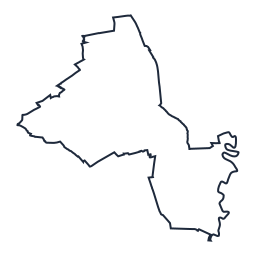 the district of Murgeni, Vaslui, Romania
{"feature_id": "2599482B64804432182882", "entity_name": "Murgeni", "entity_type": "district", "adm_level": 2, "iso_a3": "ROU", "parent_name": "Romania", "parent_adm1": "Vaslui", "projection": "robinson", "projection_center": [28.041, 46.199], "detail": "fine", "context": "isolated", "style": "outline", "palette": "slate", "viewbox_px": 256, "rotation_deg": 0, "n_neighbors": 0, "source": "geoboundaries", "source_scale": "gbopen_adm2", "svg_char_len": 5686}
<svg xmlns="http://www.w3.org/2000/svg" viewBox="0 0 256 256"><path d="M210.7,240.6L210.4,240.1L210.3,239.3L210.6,237.8L211.4,235.9L212.1,235.1L213.1,234.5L213.6,234.4L217.4,236.0L218.6,235.8L218.8,235.7L219.0,234.2L219.0,233.5L218.9,232.8L218.4,231.0L218.4,230.3L219.6,226.5L219.8,225.6L219.9,224.8L219.9,224.1L219.7,222.5L218.9,219.5L218.9,218.3L219.0,218.0L219.3,217.7L219.8,217.6L220.7,217.6L221.6,218.0L223.0,218.8L223.8,218.7L224.7,218.0L225.7,216.7L227.9,214.3L228.4,213.7L228.8,212.9L228.8,212.5L228.7,212.2L228.1,211.8L227.1,211.6L223.8,211.8L223.1,211.4L222.5,210.8L219.5,203.7L219.7,202.8L219.9,202.4L220.8,201.3L222.2,200.1L223.1,198.8L223.5,197.5L223.7,195.5L223.6,195.1L223.1,194.5L221.8,193.5L220.9,193.0L219.2,192.4L218.4,191.8L218.1,191.2L218.2,189.0L218.9,186.3L220.6,182.5L220.9,182.0L221.3,181.7L221.6,181.6L222.3,181.6L223.6,182.2L225.4,183.3L226.1,183.4L226.5,183.3L227.0,182.8L227.7,181.0L228.1,179.5L228.8,177.7L230.0,174.7L230.8,173.3L231.9,172.4L233.2,171.8L234.9,171.4L236.4,171.3L237.1,171.0L237.2,170.8L237.0,169.8L236.4,168.6L235.4,167.2L234.5,165.6L233.7,164.4L232.9,163.4L231.5,162.1L230.2,161.2L225.5,159.0L224.2,158.1L223.0,156.6L222.5,154.9L222.5,154.2L223.2,153.2L223.4,152.9L224.1,152.6L224.6,152.6L226.1,153.2L230.1,155.3L232.0,156.0L232.6,156.2L234.3,156.4L235.9,156.2L236.9,155.6L237.4,155.1L238.1,154.0L238.4,153.1L238.5,152.3L238.3,152.1L236.5,151.6L230.3,150.6L227.9,149.9L227.1,149.5L226.5,149.0L225.6,147.4L225.2,145.6L225.3,145.1L225.4,144.5L226.1,144.1L226.9,143.9L228.2,144.0L229.4,144.4L230.1,144.8L233.4,147.6L234.1,147.7L234.5,147.7L234.8,147.4L235.4,146.5L235.9,143.6L236.0,140.0L235.9,137.7L235.8,137.2L235.5,136.6L235.3,136.3L234.7,136.1L233.8,136.5L233.0,137.0L232.3,136.9L232.0,136.8L231.4,136.1L230.7,135.1L229.4,132.7L228.9,132.3L228.6,132.2L227.3,132.4L223.5,133.5L218.0,136.1L218.9,141.2L219.5,142.4L219.6,143.1L215.7,143.2L211.3,143.0L212.9,146.0L209.7,148.1L190.4,148.8L190.0,149.0L189.4,149.0L189.2,147.1L189.0,146.8L189.1,146.2L188.7,144.8L187.4,142.8L187.3,141.7L187.6,140.4L187.8,138.2L187.6,137.2L187.7,135.7L187.7,134.1L187.4,133.4L187.7,132.4L187.8,131.1L187.3,130.5L187.0,130.0L187.0,129.6L186.7,129.1L186.6,128.1L186.2,127.6L186.0,127.2L185.7,127.0L185.6,126.7L184.0,125.1L183.9,124.7L183.6,124.4L182.7,123.8L181.5,122.5L180.8,122.0L180.6,121.6L180.5,121.2L179.7,120.8L178.9,120.2L178.7,119.9L178.4,119.7L178.1,119.1L176.6,118.5L175.0,117.6L174.7,117.6L173.7,116.9L173.1,116.7L171.8,116.1L170.7,115.3L170.1,115.0L169.2,114.5L168.1,113.5L166.6,111.6L166.0,111.2L165.7,110.6L164.2,109.2L163.3,108.2L161.6,107.2L160.1,105.7L159.5,105.4L159.9,105.1L160.7,104.0L161.2,103.2L159.6,86.8L159.0,82.5L158.0,71.2L157.4,67.2L157.0,65.3L156.1,62.4L154.8,59.5L153.1,57.6L153.3,57.1L149.1,50.3L150.1,50.1L148.1,47.0L146.5,46.0L144.7,45.9L142.5,40.3L141.9,38.5L140.5,35.1L140.1,33.8L140.2,32.7L139.7,32.3L137.7,27.4L137.2,26.5L136.3,24.4L135.3,22.4L130.7,15.4L129.7,15.7L128.1,15.6L126.1,15.8L118.3,16.9L113.1,17.5L114.4,22.3L114.5,23.9L114.0,30.7L99.0,33.2L98.7,33.1L84.9,35.9L84.8,36.1L84.3,36.0L83.4,36.0L83.0,35.8L82.4,36.0L82.6,36.4L83.4,37.1L83.8,37.6L84.2,37.8L84.2,38.0L83.9,38.4L83.7,38.8L83.8,39.3L84.0,39.5L83.4,40.3L83.9,40.5L83.7,40.9L83.3,40.7L82.8,41.2L82.8,41.3L83.0,41.5L83.5,41.5L83.6,41.9L83.9,42.2L84.1,42.1L84.3,41.8L85.2,42.3L86.0,42.5L81.5,43.8L82.6,46.6L83.0,50.2L82.7,53.6L83.0,57.8L83.4,59.2L83.9,59.5L74.9,64.5L78.0,67.4L78.7,68.6L79.4,69.1L79.9,69.9L79.9,70.0L75.6,72.9L72.1,75.6L65.9,79.7L63.4,81.5L61.6,82.7L61.4,82.7L60.8,83.7L60.4,83.6L57.1,85.8L57.8,86.0L58.4,86.6L58.8,86.6L59.1,86.4L59.4,86.5L59.5,86.9L60.0,86.9L60.8,87.4L60.7,87.7L60.4,87.8L60.7,88.0L61.0,88.2L61.4,88.0L61.9,88.3L62.2,88.3L62.4,88.5L62.6,88.5L62.8,88.7L63.1,88.8L63.5,89.2L63.9,89.2L64.3,89.7L63.8,90.2L63.2,90.5L61.3,92.2L59.8,93.0L59.0,95.0L59.0,95.8L59.1,96.5L58.2,96.4L57.6,96.1L57.2,96.1L54.1,96.4L53.3,96.9L51.7,97.4L50.8,98.0L50.2,95.0L42.5,100.9L36.6,102.9L38.0,105.1L38.7,104.8L39.1,105.5L39.8,106.1L40.0,106.7L39.7,107.0L36.4,108.7L34.1,109.8L27.4,113.9L26.1,114.4L24.3,114.8L22.6,114.9L22.4,115.1L22.4,116.5L22.3,118.4L22.3,119.2L22.1,120.1L21.3,121.1L20.0,122.5L19.1,123.4L17.9,123.9L17.6,124.3L17.5,125.1L18.1,125.3L18.9,125.1L20.7,125.8L23.1,127.1L25.2,128.4L26.2,129.5L26.6,130.5L27.7,131.2L27.8,131.6L27.8,132.3L28.1,132.7L29.5,133.3L30.9,133.8L30.1,135.1L30.1,135.4L31.3,135.8L34.5,136.4L35.1,136.9L35.7,136.8L40.4,137.3L42.5,137.5L43.0,138.3L43.5,138.9L43.7,139.5L44.1,140.1L44.1,140.6L44.4,140.7L44.5,141.0L44.8,141.3L45.1,141.3L45.1,141.6L45.5,141.8L45.9,142.4L46.7,142.7L53.9,142.9L56.9,142.5L60.1,141.6L60.7,142.2L61.3,142.9L63.5,145.3L64.0,146.1L64.3,147.0L67.4,149.2L68.3,149.5L69.5,150.6L71.0,151.1L72.9,152.7L74.7,153.9L75.8,155.0L77.9,156.7L78.4,156.4L83.2,161.9L83.3,161.1L84.6,160.5L88.7,165.1L89.5,166.3L89.9,166.6L91.4,166.1L97.7,161.8L114.3,152.3L116.5,154.7L118.2,156.3L122.5,154.9L123.8,154.6L123.7,153.6L124.2,153.7L127.9,153.2L128.3,153.4L128.7,154.2L129.1,154.5L135.2,153.0L139.7,151.7L139.6,151.4L141.4,150.8L142.7,151.5L143.2,151.5L144.1,151.1L144.3,150.9L144.5,150.4L147.3,150.1L148.3,154.8L150.5,154.3L150.7,155.1L150.3,155.3L150.0,155.6L149.6,156.3L149.7,156.9L149.8,157.3L150.6,157.4L155.2,156.2L154.1,163.7L152.6,175.5L152.6,176.3L152.9,177.1L148.6,177.6L150.8,184.1L150.9,184.6L151.2,185.3L151.3,185.9L152.0,187.5L152.0,188.0L152.8,190.0L153.9,193.3L158.1,207.0L159.6,211.3L160.1,212.1L161.1,214.3L162.1,214.8L163.0,215.1L170.0,223.1L170.8,228.4L189.8,229.0L194.8,229.1L195.8,229.4L197.5,230.2L197.6,230.3L197.5,230.6L197.9,230.8L198.1,230.3L198.8,229.6L199.0,229.3L210.5,234.6L210.1,235.2L208.9,237.8L208.4,240.4L210.7,240.6Z" fill="none" stroke="#1e293b" stroke-width="2"/></svg>